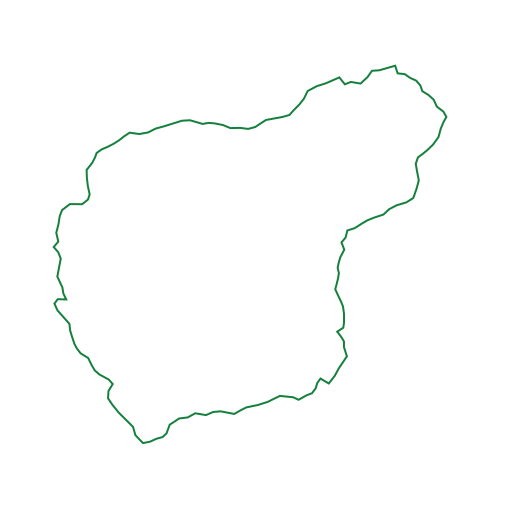 Cruzeiro, São Paulo, Brazil, rotated 263°
{"feature_id": "56859067B26751630679552", "entity_name": "Cruzeiro", "entity_type": "district", "adm_level": 2, "iso_a3": "BRA", "parent_name": "Brazil", "parent_adm1": "São Paulo", "projection": "equal_earth", "projection_center": [-45.003, -22.562], "detail": "fine", "context": "isolated", "style": "outline", "palette": "green", "viewbox_px": 512, "rotation_deg": 263, "n_neighbors": 0, "source": "geoboundaries", "source_scale": "gbopen_adm2", "svg_char_len": 2148}
<svg xmlns="http://www.w3.org/2000/svg" viewBox="0 0 512 512"><g transform="rotate(263 256 256)"><path d="M84.1,121.0L84.6,128.2L86.7,134.7L87.7,141.3L90.9,145.6L99.1,149.8L104.1,160.0L104.1,168.6L107.3,176.5L104.2,186.9L106.4,194.5L106.1,202.1L101.9,215.1L104.9,222.4L106.9,227.9L107.9,239.8L109.8,250.0L111.8,255.5L114.2,262.7L111.3,275.6L108.1,280.8L111.5,289.0L113.0,294.9L117.4,299.1L122.6,301.4L126.5,305.1L120.6,312.7L127.4,319.5L134.8,324.8L145.3,334.0L154.9,332.2L160.4,332.9L165.4,330.7L171.0,327.4L174.2,333.9L179.0,335.2L187.7,336.3L195.2,336.2L200.2,334.9L204.9,333.3L213.3,330.6L218.2,332.6L223.8,334.7L229.0,336.2L234.4,335.6L239.1,337.2L244.4,339.5L251.5,344.4L259.1,342.5L263.3,347.1L270.2,349.8L271.6,357.3L275.5,365.5L277.9,371.1L279.7,377.9L281.6,387.5L286.3,394.0L289.2,401.8L290.9,411.8L294.4,419.2L303.1,423.5L311.2,426.8L319.7,426.2L328.1,425.8L334.2,428.8L336.9,433.7L340.0,438.6L344.9,445.2L351.8,451.6L360.1,455.0L366.5,458.7L370.8,461.9L376.5,459.6L382.2,453.7L389.5,451.4L394.8,446.8L399.3,441.2L405.3,439.9L410.6,436.3L413.9,430.8L418.4,425.8L420.0,418.9L427.9,417.3L426.4,408.0L425.3,400.9L425.7,393.7L420.0,388.5L414.4,380.8L417.2,371.4L415.6,365.1L423.1,360.5L418.9,346.4L417.2,337.2L413.5,327.4L406.4,322.8L401.1,317.5L395.9,310.9L391.9,306.4L390.8,299.3L390.3,290.9L389.8,282.5L386.9,276.5L384.1,270.9L383.1,263.7L385.1,255.9L386.1,246.1L390.0,239.2L392.7,231.0L393.9,225.1L393.6,219.1L396.3,212.9L398.8,206.9L399.3,199.0L397.1,186.9L395.8,179.7L394.7,171.9L391.8,164.0L391.3,155.0L393.8,145.6L390.7,139.4L387.4,134.0L384.7,128.2L382.5,122.3L380.7,116.0L377.7,110.4L373.4,108.2L368.5,104.9L362.1,98.4L354.8,97.7L346.3,97.6L337.4,98.4L332.5,96.1L328.6,89.8L330.2,77.6L325.2,69.1L319.6,66.1L311.6,63.8L303.4,60.6L294.3,61.5L289.6,56.3L283.8,60.2L277.2,61.9L259.8,56.3L248.3,60.0L242.4,60.2L236.0,62.3L237.3,54.0L233.3,50.1L226.1,52.4L220.5,56.3L211.4,62.5L204.4,62.5L198.1,63.6L190.8,65.1L186.1,66.9L180.7,70.1L175.2,77.0L167.7,79.6L162.1,82.0L157.5,86.1L151.4,94.7L146.4,98.2L139.9,93.1L132.8,91.8L126.4,95.0L117.5,100.5L101.4,113.1L92.8,114.5L84.1,121.0Z" fill="none" stroke="#15803d" stroke-width="2"/></g></svg>